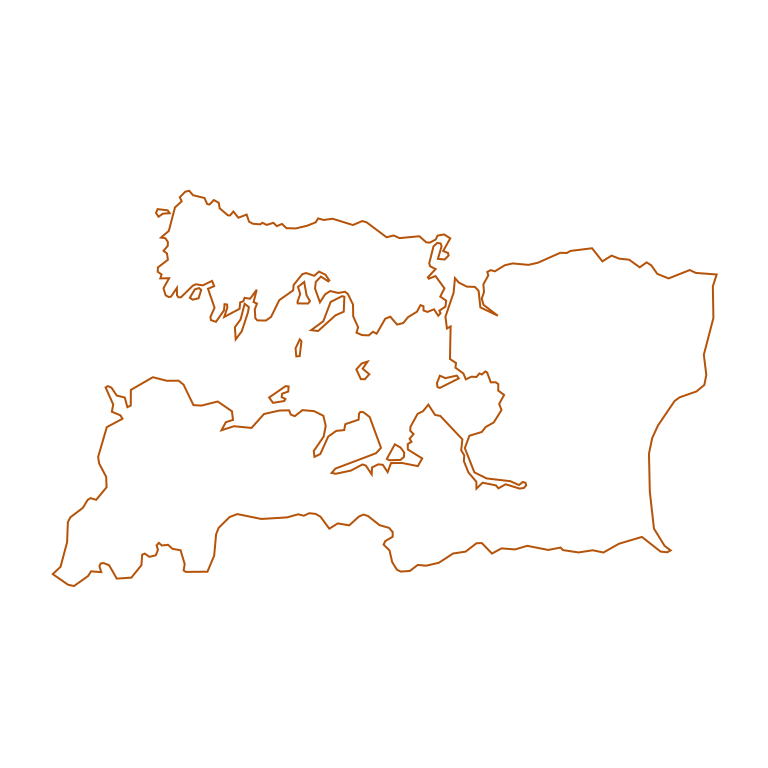 the border of Los Lagos, rotated 89°
{"feature_id": "CHL-2704", "entity_name": "Los Lagos", "entity_type": "Region", "adm_level": 1, "iso_a3": "CHL", "parent_name": "Chile", "parent_adm1": "", "projection": "robinson", "projection_center": [-73.115, -42.159], "detail": "fine", "context": "isolated", "style": "outline", "palette": "amber", "viewbox_px": 768, "rotation_deg": 89, "n_neighbors": 0, "source": "natural_earth", "source_scale": "10m", "svg_char_len": 6164}
<svg xmlns="http://www.w3.org/2000/svg" viewBox="0 0 768 768"><g transform="rotate(89 384 384)"><path d="M565.5,353.4L571.4,361.5L571.8,370.7L569.9,374.3L562.3,378.9L550.4,381.4L544.6,387.2L541.1,385.5L536.9,378.0L532.2,377.9L527.9,381.5L525.1,390.8L515.6,402.5L514.2,406.8L516.0,411.3L524.7,421.2L522.6,432.7L527.7,441.2L515.6,449.8L512.7,454.6L511.9,460.9L514.3,466.5L512.8,472.1L515.7,483.4L516.8,509.0L511.5,532.9L514.3,540.7L525.0,551.9L531.4,554.5L552.6,556.8L568.6,563.8L568.4,585.6L566.9,587.6L560.6,586.4L546.7,590.3L545.1,598.4L541.0,602.7L541.6,608.9L538.9,611.9L541.4,614.2L545.9,612.9L551.3,615.2L552.7,621.6L549.4,626.2L550.5,628.8L560.9,629.7L573.2,640.0L573.9,654.6L560.4,662.0L558.1,667.6L558.6,670.5L561.2,671.7L567.2,670.0L566.2,680.1L570.9,683.3L580.6,697.5L579.2,703.4L568.3,718.5L561.1,710.6L536.6,703.6L516.6,702.5L511.8,699.9L502.5,687.2L494.8,682.4L493.0,679.4L494.8,673.8L482.4,663.2L472.0,663.4L458.5,670.2L451.9,671.1L422.3,661.9L414.2,646.1L410.7,648.1L407.0,656.6L399.8,655.1L382.6,662.4L381.3,660.1L382.9,656.6L390.9,651.4L393.0,643.4L402.7,641.0L401.1,637.6L385.5,637.2L373.2,615.0L377.0,601.0L377.1,589.3L381.2,584.4L401.8,574.9L402.4,566.9L398.6,550.6L408.6,536.5L417.3,535.6L419.4,542.8L427.4,547.3L423.6,534.8L425.6,517.2L411.9,504.5L408.7,489.0L408.7,479.3L412.9,477.8L414.6,473.8L408.7,465.9L409.9,454.4L414.7,445.2L424.8,443.0L435.4,445.2L449.8,455.4L455.6,454.8L452.9,448.9L435.6,440.7L430.0,432.5L429.4,424.6L423.5,423.4L419.2,410.0L413.2,409.5L411.5,408.1L411.8,405.1L416.8,398.9L447.8,388.1L453.1,393.2L467.7,434.0L472.0,437.9L472.9,433.8L470.0,418.6L464.1,407.0L465.2,403.6L474.1,397.9L467.2,397.4L464.2,391.1L464.8,386.6L472.2,381.9L463.2,378.4L463.3,367.3L466.7,351.6L459.1,347.1L449.9,361.3L444.5,361.3L442.3,357.5L439.2,359.4L434.6,355.3L431.2,358.6L427.3,358.3L414.4,350.9L411.9,345.5L405.4,340.0L415.8,333.5L416.9,328.3L440.7,306.6L451.6,308.0L456.7,305.0L462.4,305.5L473.8,301.2L483.3,293.4L490.2,293.4L484.4,287.1L487.3,273.9L490.3,271.4L486.4,264.1L490.9,250.3L490.4,246.0L487.8,243.6L485.2,244.3L484.4,247.0L487.4,250.8L483.4,259.3L480.2,283.1L473.9,295.2L449.5,304.3L437.2,299.5L433.7,287.1L428.8,283.1L424.3,274.9L412.1,267.0L405.9,269.2L397.0,264.1L392.6,269.9L386.2,269.7L384.2,272.3L384.2,277.2L374.3,280.7L373.2,282.4L376.2,286.0L375.1,288.4L378.6,291.4L378.2,296.4L380.8,302.1L374.9,304.4L368.9,312.3L364.3,311.6L360.2,317.6L327.6,316.4L329.6,320.1L317.8,321.4L293.9,312.8L279.4,311.2L284.0,307.3L288.1,299.4L288.5,291.4L292.5,287.8L309.1,286.3L317.7,269.0L306.6,283.1L300.3,284.8L293.8,282.4L286.1,282.9L277.2,277.8L273.8,278.8L272.0,275.2L273.3,271.2L267.4,261.2L265.7,253.3L267.4,237.4L265.4,227.9L255.9,205.5L256.2,199.0L254.2,195.2L251.9,173.6L265.2,163.5L259.6,154.2L262.8,146.6L264.0,136.7L271.8,126.3L267.0,119.3L270.0,114.7L278.7,108.8L283.4,97.6L275.4,76.3L278.4,70.2L280.3,49.5L292.1,53.5L323.7,53.5L360.3,63.7L380.5,61.6L390.5,63.7L396.9,71.7L402.5,88.7L406.0,93.7L430.1,110.7L442.7,116.8L458.3,120.3L496.5,120.1L533.3,116.6L550.7,106.3L555.4,100.3L557.2,103.8L556.4,110.4L541.4,128.8L547.8,151.8L556.3,167.5L553.9,178.2L555.8,192.4L553.2,208.0L550.6,210.3L552.8,222.6L548.3,243.6L551.7,255.9L550.4,269.4L555.4,279.0L544.8,288.9L544.8,294.2L553.0,305.3L554.7,317.9L563.7,332.3L566.4,345.0L565.5,353.4ZM197.8,583.1L193.7,584.9L188.3,579.4L187.4,575.4L191.9,571.7L194.9,560.3L201.0,557.6L201.5,555.3L197.1,550.9L200.0,546.0L205.4,545.3L212.6,537.2L212.8,535.0L208.9,531.6L215.2,526.7L212.2,518.4L219.3,516.1L221.5,512.3L222.2,504.9L220.7,502.8L222.9,498.4L220.9,491.8L224.3,488.4L222.2,483.2L226.5,478.7L226.9,469.5L224.5,458.4L221.2,449.5L217.3,447.0L218.9,441.5L217.9,432.4L224.5,412.3L220.7,402.9L222.0,398.6L237.3,378.9L235.7,371.7L238.4,366.0L236.9,346.0L243.0,339.4L243.5,335.9L240.4,329.7L236.6,327.9L235.5,321.4L239.5,315.2L252.0,322.5L254.2,317.6L256.7,317.2L260.6,321.2L259.8,327.9L247.2,324.0L244.4,325.0L243.9,328.3L247.2,332.1L264.2,336.7L267.1,335.8L270.0,330.4L278.1,338.3L279.5,337.4L277.0,330.6L289.4,321.9L297.6,326.2L301.7,320.4L307.7,321.2L311.7,327.4L314.2,326.2L316.7,328.6L310.2,332.7L312.7,339.3L311.2,343.2L306.9,343.2L305.8,346.1L312.3,349.8L317.6,358.8L323.4,363.7L324.8,369.9L316.8,376.5L318.7,381.6L333.6,390.5L331.6,394.1L335.1,398.4L334.7,405.1L332.2,410.6L326.8,408.9L315.9,413.6L304.0,413.6L293.3,418.6L291.1,421.4L292.2,428.2L290.1,436.1L293.4,441.4L301.2,446.6L287.4,451.3L280.7,450.4L275.5,445.2L280.4,437.9L279.5,436.9L273.7,440.6L270.5,447.0L274.6,451.9L271.7,459.9L272.8,463.8L283.4,472.6L288.8,473.2L298.3,487.2L315.0,495.8L318.5,501.0L318.2,509.5L316.0,511.5L307.0,511.9L301.4,509.6L299.8,513.0L287.5,509.6L296.4,516.4L295.4,521.9L298.9,523.3L299.9,526.4L306.3,527.1L314.2,542.6L304.9,539.3L301.8,539.5L301.4,542.0L307.6,542.7L318.9,550.9L317.1,555.9L314.0,556.4L304.8,552.1L285.7,558.3L283.2,552.1L277.9,554.1L282.2,563.4L281.0,570.3L282.3,573.4L293.7,585.4L293.7,588.1L291.7,589.4L284.3,589.4L292.9,595.4L293.3,597.7L291.5,600.8L284.4,602.8L274.5,597.0L274.5,605.8L270.6,604.5L267.8,608.3L263.5,608.0L256.0,597.9L249.7,598.7L247.0,602.1L242.1,597.8L238.2,597.6L234.5,600.0L233.7,604.4L227.2,596.5L203.8,589.9L197.8,583.1ZM329.9,449.0L328.9,455.9L320.2,443.6L301.0,435.9L295.4,424.3L296.1,422.1L311.0,423.0L314.5,431.3L329.9,449.0ZM458.9,382.5L444.5,374.2L447.9,368.5L452.9,365.0L457.2,365.3L460.2,368.8L460.3,380.4L458.9,382.5ZM301.4,521.9L304.7,517.8L309.8,518.7L328.8,525.3L336.8,531.5L324.6,532.1L317.0,526.3L301.4,521.9ZM302.2,458.5L301.9,468.9L300.5,469.1L292.5,466.2L285.4,468.3L280.6,462.0L293.8,459.9L299.9,456.6L302.2,458.5ZM376.7,328.0L379.2,322.5L376.9,311.1L379.7,309.1L388.9,328.2L388.0,330.5L384.1,331.1L376.7,328.0ZM384.8,479.4L389.9,479.9L391.9,486.0L395.3,486.6L397.3,482.8L399.3,484.1L400.9,495.3L395.5,499.1L384.4,482.4L384.8,479.4ZM374.0,398.5L378.9,403.1L378.7,407.1L368.9,411.4L363.1,406.0L361.3,400.0L368.3,405.1L374.0,398.5ZM286.7,565.1L295.0,567.9L296.4,573.8L294.4,576.6L286.1,571.5L284.9,567.2L286.7,565.1ZM339.8,465.8L354.6,467.8L354.9,471.2L346.8,471.8L337.9,467.4L339.8,465.8ZM209.5,595.3L209.8,602.1L212.8,606.5L209.0,609.0L205.2,607.3L206.6,597.3L209.5,595.3Z" fill="none" stroke="#b45309" stroke-width="2"/></g></svg>